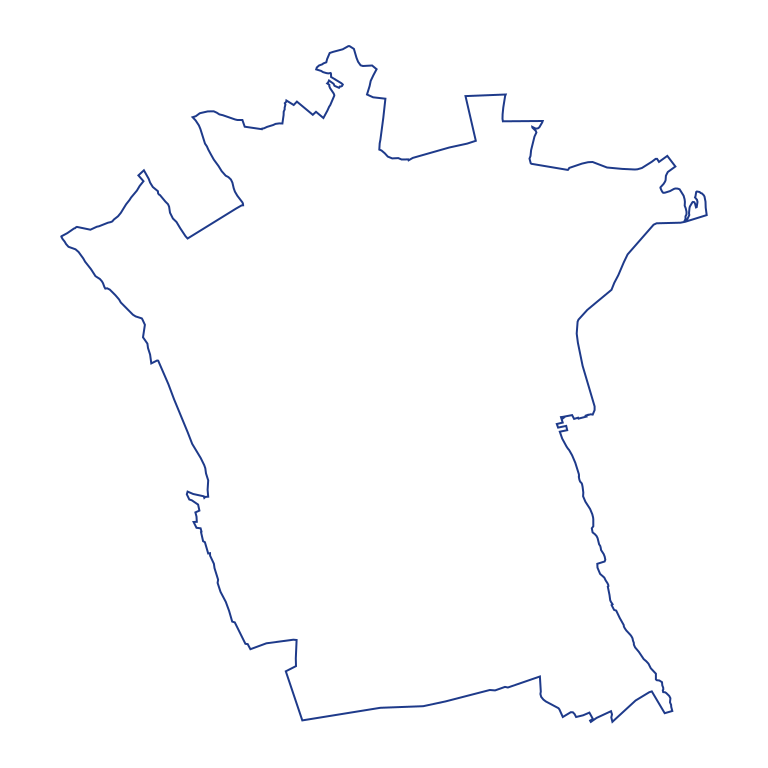 Beresti, Galati, Romania (Equal Earth projection)
{"feature_id": "2599482B76512347370212", "entity_name": "Beresti", "entity_type": "district", "adm_level": 2, "iso_a3": "ROU", "parent_name": "Romania", "parent_adm1": "Galati", "projection": "equal_earth", "projection_center": [27.864, 46.092], "detail": "fine", "context": "isolated", "style": "outline", "palette": "blue", "viewbox_px": 768, "rotation_deg": 0, "n_neighbors": 0, "source": "geoboundaries", "source_scale": "gbopen_adm2", "svg_char_len": 6054}
<svg xmlns="http://www.w3.org/2000/svg" viewBox="0 0 768 768"><path d="M105.3,288.6L107.2,288.3L109.8,289.6L115.4,295.2L119.1,299.5L120.8,302.5L132.9,314.7L135.6,316.4L141.8,318.4L142.4,319.4L144.9,324.8L143.0,337.3L147.4,343.6L148.0,348.0L150.1,354.6L151.3,363.4L157.1,360.5L158.2,360.7L168.4,384.2L174.1,399.4L187.7,432.3L192.2,443.9L200.7,458.0L204.2,465.1L205.3,468.3L206.0,473.4L208.2,480.4L207.6,489.8L208.2,496.7L205.4,496.9L204.3,497.9L203.8,496.3L193.2,494.0L187.6,491.6L186.8,494.3L189.3,499.5L191.8,500.3L198.1,504.6L199.4,510.6L195.4,512.4L196.5,516.6L196.8,521.8L193.6,522.0L196.5,527.8L200.6,528.3L201.5,531.7L201.0,532.0L203.1,541.2L204.9,542.2L208.2,553.5L210.0,553.2L210.1,555.7L213.9,563.8L214.5,568.1L218.1,579.7L217.6,582.9L220.5,591.8L225.8,601.9L229.1,610.9L232.2,621.6L234.8,622.4L245.4,643.8L247.7,644.1L250.4,649.2L266.4,643.3L293.4,639.7L296.6,640.0L295.8,658.4L296.0,666.1L285.8,671.3L302.3,720.4L380.3,707.8L423.2,706.2L445.6,701.4L489.8,690.0L495.1,690.4L505.0,686.9L507.9,687.5L539.9,676.5L540.8,691.6L540.4,694.0L541.2,696.9L543.4,699.6L545.9,701.5L558.5,708.2L559.4,709.4L562.8,717.0L570.8,712.2L572.9,712.3L574.6,714.1L576.1,717.0L583.1,715.3L589.4,712.6L592.9,719.0L590.1,720.6L590.8,721.9L596.6,717.9L611.0,711.2L612.0,714.4L611.3,717.4L612.4,721.8L635.6,700.5L649.3,692.2L651.8,691.4L664.7,713.2L672.3,711.0L671.2,706.8L671.1,704.9L670.0,702.3L670.4,698.2L669.2,695.9L666.2,693.0L665.1,692.3L663.2,692.1L662.8,690.2L663.3,689.4L663.2,687.7L662.3,685.4L662.0,682.2L659.4,680.5L656.8,680.2L655.9,679.4L655.9,673.7L650.8,668.3L648.5,663.7L646.3,661.3L643.7,659.1L638.8,651.8L635.1,647.4L633.9,644.7L633.8,642.8L633.0,640.7L632.5,638.3L631.5,636.4L630.4,634.9L626.3,630.5L624.8,628.3L623.9,626.6L623.7,625.0L619.8,618.1L616.2,610.6L614.1,609.9L611.6,605.1L612.6,604.3L610.9,601.8L610.2,600.2L609.5,595.0L607.8,586.6L608.4,586.1L608.2,584.7L607.3,582.9L605.7,580.5L604.3,577.6L600.1,573.9L597.5,567.7L597.3,563.8L604.6,561.5L605.3,559.8L604.7,556.7L603.7,554.1L601.1,550.1L600.6,547.3L600.2,545.9L599.1,544.3L597.6,538.2L596.6,536.1L594.9,534.2L592.6,532.4L591.8,528.3L593.3,526.3L593.3,519.3L593.1,517.5L592.3,514.3L590.1,509.0L585.4,501.7L583.1,496.3L583.3,492.5L582.6,486.9L582.0,484.0L581.4,482.9L580.1,481.6L579.4,479.7L578.8,476.8L579.0,476.5L578.9,474.3L575.3,462.8L572.1,455.3L569.1,450.0L567.9,448.6L566.5,446.5L562.2,438.6L559.8,431.7L567.2,430.2L566.2,425.9L558.1,427.6L556.8,424.0L562.7,422.6L561.0,417.1L562.6,416.9L563.0,418.3L564.5,417.1L564.3,416.6L572.1,415.1L574.1,418.9L578.1,417.7L578.5,418.6L586.4,416.6L585.8,415.6L588.0,414.8L588.1,415.0L590.7,414.3L592.7,414.6L594.6,410.1L594.6,406.4L582.6,365.8L577.9,342.8L576.7,333.6L577.6,321.7L578.5,319.6L587.4,309.8L611.5,289.8L614.3,282.8L618.3,275.2L623.8,262.3L627.6,254.4L653.6,224.7L656.6,223.3L680.5,222.7L685.1,221.8L706.7,215.1L705.7,207.6L705.5,201.7L704.5,196.6L703.8,195.3L701.9,193.4L700.6,193.0L699.6,192.0L696.9,191.5L696.2,192.0L695.5,196.2L695.0,197.4L697.0,199.8L697.5,201.9L696.7,207.1L696.0,207.4L695.1,203.8L694.3,202.2L692.9,201.9L692.3,202.4L689.9,206.5L689.5,208.0L689.0,213.1L689.3,215.0L686.9,220.1L684.6,220.8L685.5,219.1L685.5,216.3L686.5,214.4L686.5,211.7L685.7,208.2L684.7,205.7L684.9,201.9L684.6,199.3L683.6,195.7L679.6,189.3L677.6,188.6L675.3,188.5L673.8,189.0L670.0,191.1L664.9,192.7L663.2,192.8L662.2,191.7L661.3,190.0L660.4,187.8L660.5,187.3L663.6,183.9L665.1,181.5L665.6,180.1L665.9,175.9L666.5,174.5L667.8,172.0L675.4,166.5L667.3,155.9L659.0,161.9L657.1,158.9L655.6,158.9L651.9,161.7L641.9,168.0L637.4,169.3L634.9,169.5L622.1,168.9L607.0,167.5L592.6,162.0L588.1,162.2L582.0,163.6L569.3,167.9L568.1,169.8L567.7,169.9L531.4,163.8L530.7,163.2L529.5,158.6L530.5,156.0L531.1,150.2L534.5,136.5L536.4,132.5L535.8,130.9L532.4,127.6L532.3,126.9L535.2,128.4L536.7,128.6L538.2,128.2L539.4,127.2L542.2,122.4L542.7,121.0L502.9,121.3L502.5,118.8L502.6,114.3L503.3,107.4L505.1,96.1L505.7,94.5L465.5,96.1L475.8,140.8L467.2,143.6L449.3,147.5L412.8,157.9L408.6,160.3L408.3,159.4L401.6,159.5L398.3,158.1L392.2,158.4L387.8,156.6L384.8,153.3L381.5,150.5L379.3,149.6L379.7,143.3L380.4,139.7L383.3,117.8L385.4,98.7L373.1,97.3L367.0,94.5L369.6,86.1L370.7,80.9L373.4,75.2L376.6,69.2L372.1,65.5L362.9,66.0L360.6,65.3L358.1,61.8L356.5,57.8L353.9,48.9L349.5,46.1L348.4,46.1L342.7,49.3L333.3,51.8L329.7,53.0L327.1,59.1L326.3,62.3L323.4,63.4L322.3,64.3L319.0,65.5L316.8,67.5L316.2,69.4L321.1,70.9L323.0,72.1L326.4,73.1L328.4,73.4L330.6,73.0L331.0,73.8L331.1,77.0L341.5,83.3L342.8,84.5L342.1,85.9L340.9,86.5L339.8,86.5L339.0,87.8L334.5,85.8L333.6,83.8L329.0,80.5L328.1,82.5L327.2,83.4L329.3,84.8L329.3,86.2L330.1,88.2L333.5,93.2L334.1,94.4L334.3,95.6L330.2,105.2L329.2,106.6L327.4,110.6L323.4,118.0L316.0,111.8L312.8,114.8L296.9,101.6L293.7,105.0L286.4,100.5L286.2,101.8L284.8,103.2L285.4,104.6L284.6,107.9L284.7,109.3L283.7,111.7L283.6,115.0L282.4,123.5L279.2,123.4L275.5,123.9L273.2,125.0L267.0,126.9L264.0,128.3L262.1,128.6L261.9,129.2L244.7,126.7L242.4,120.0L237.4,120.0L235.2,119.5L222.8,115.2L219.4,114.4L216.8,112.7L213.7,111.3L207.8,111.4L201.2,112.9L199.7,113.3L195.8,116.2L192.6,117.2L195.6,120.4L198.9,125.4L200.4,129.0L205.0,143.6L206.9,146.4L208.3,149.6L211.0,154.6L213.8,159.6L218.5,166.0L221.7,171.2L225.7,175.7L228.4,177.1L230.9,179.5L232.4,182.6L233.7,188.2L234.9,191.6L237.3,195.7L242.5,202.5L243.0,203.9L243.1,205.3L241.6,205.4L236.0,208.6L187.6,238.5L185.5,236.2L180.2,228.2L176.5,222.0L172.9,218.5L170.0,212.7L169.1,206.7L168.0,204.2L165.4,201.6L160.0,195.1L158.8,194.4L158.1,193.3L157.9,191.2L152.8,187.0L150.1,182.6L148.7,178.8L143.9,170.3L138.4,175.4L143.5,181.2L139.7,185.9L136.9,190.6L131.1,197.5L129.5,200.0L126.1,204.3L120.8,212.9L118.0,216.3L113.9,219.5L112.3,221.4L110.7,222.1L108.0,222.7L98.9,226.3L96.9,226.7L90.4,229.7L76.9,226.9L75.7,227.5L75.0,228.2L74.0,228.5L67.2,233.2L61.4,236.3L61.3,236.6L62.5,238.9L64.7,241.7L66.1,244.1L68.5,246.8L75.5,249.3L78.6,252.0L83.3,258.5L85.1,261.7L91.0,269.2L95.5,276.2L99.9,279.0L101.9,281.3L103.0,283.2L104.4,287.0L105.3,288.6Z" fill="none" stroke="#1e3a8a" stroke-width="2"/></svg>